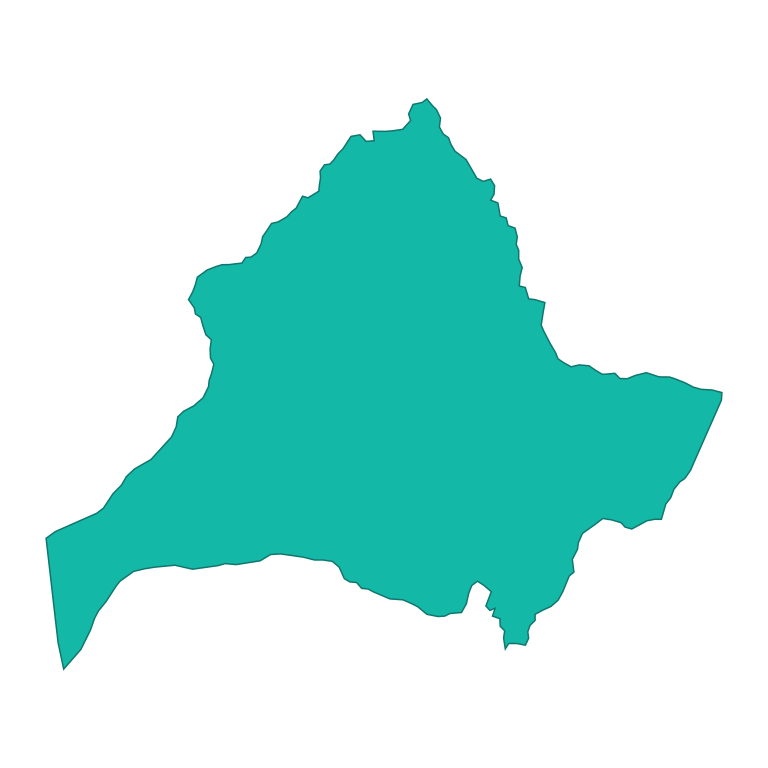 Portelândia, Goiás, Brazil (Robinson projection)
{"feature_id": "56859067B45598066883188", "entity_name": "Portelândia", "entity_type": "district", "adm_level": 2, "iso_a3": "BRA", "parent_name": "Brazil", "parent_adm1": "Goiás", "projection": "robinson", "projection_center": [-52.695, -17.338], "detail": "fine", "context": "isolated", "style": "filled", "palette": "teal", "viewbox_px": 768, "rotation_deg": 0, "n_neighbors": 0, "source": "geoboundaries", "source_scale": "gbopen_adm2", "svg_char_len": 2786}
<svg xmlns="http://www.w3.org/2000/svg" viewBox="0 0 768 768"><path d="M392.7,130.8L385.1,131.4L373.0,131.2L374.2,140.7L366.2,141.4L360.0,134.8L351.0,136.4L342.9,148.9L338.1,153.7L333.8,159.9L329.8,164.1L324.5,164.8L320.1,171.0L320.5,177.9L319.4,185.0L318.8,191.2L308.0,197.8L302.5,196.2L296.2,208.1L291.7,211.6L286.9,216.8L278.1,221.9L271.5,223.5L267.0,230.4L262.7,236.6L261.1,243.9L256.8,252.9L251.0,257.1L245.7,257.5L241.9,263.1L236.6,263.7L229.0,264.6L222.1,264.7L215.9,266.6L207.3,269.9L197.4,277.1L195.3,284.9L192.7,291.8L188.5,299.6L194.3,307.8L195.4,313.9L200.7,317.5L202.8,325.4L205.9,334.8L211.3,339.7L210.1,348.9L210.5,358.1L213.8,364.3L211.6,373.3L209.2,380.2L208.5,386.7L203.0,397.9L193.6,406.0L183.7,411.2L177.8,416.8L176.2,426.9L171.5,437.0L151.0,459.5L134.6,468.9L126.5,476.5L121.4,485.2L113.0,493.7L103.5,508.1L96.7,513.3L55.3,531.6L46.1,538.3L58.1,642.7L63.7,669.1L80.9,649.4L90.4,630.2L94.5,618.4L98.4,611.0L106.1,601.5L116.3,585.8L120.0,581.2L133.6,571.4L144.5,568.8L154.4,567.2L174.9,565.2L192.5,569.2L218.1,565.6L225.2,563.6L236.1,564.6L260.2,560.8L270.6,554.5L280.6,553.9L302.9,557.1L314.7,560.0L323.1,560.0L332.4,561.4L339.2,567.2L344.3,578.6L349.8,581.9L356.6,582.5L361.7,588.4L368.0,589.0L373.7,592.0L389.9,598.9L402.9,599.8L411.8,603.7L417.7,606.7L426.9,614.3L437.9,616.5L444.7,616.1L450.1,613.5L461.5,612.5L466.4,603.7L468.6,593.6L471.7,585.6L477.4,581.2L483.7,585.2L491.3,591.7L485.9,606.0L489.9,610.4L495.1,608.3L492.5,616.1L499.9,618.7L500.2,626.3L504.7,630.8L503.6,638.0L505.3,648.9L508.7,643.5L516.9,643.5L525.4,645.2L528.6,638.3L527.8,631.8L530.0,625.4L535.1,620.4L535.1,614.3L543.1,610.0L551.0,606.4L558.1,600.2L562.8,591.7L569.2,576.0L573.9,572.1L572.3,559.4L577.5,549.3L578.4,542.7L582.4,533.5L595.9,523.8L602.8,518.5L611.7,519.9L621.1,522.7L625.1,527.1L631.8,529.0L646.9,520.8L654.5,519.3L661.4,519.3L665.7,504.2L670.7,497.7L673.9,489.3L679.9,481.8L684.8,478.5L690.7,470.0L693.2,464.1L721.4,400.2L721.9,392.6L712.1,390.0L701.0,389.3L693.2,387.1L685.2,382.9L674.7,378.7L669.4,377.0L659.1,376.9L654.0,375.2L646.4,372.7L635.5,375.4L627.3,378.7L619.9,378.5L614.8,373.3L607.9,374.0L602.3,374.3L595.7,370.4L589.0,365.8L579.2,364.9L571.2,366.8L563.3,362.5L557.9,358.7L555.6,352.7L550.5,344.1L543.8,331.2L541.2,325.1L543.1,312.7L544.9,302.6L534.9,299.6L528.7,298.9L525.3,287.5L519.3,286.0L520.1,276.0L522.2,267.6L518.7,259.1L518.7,250.3L516.2,244.4L517.3,236.9L515.0,228.1L508.1,225.6L506.2,217.9L500.2,216.0L497.9,203.0L490.6,200.1L494.0,194.3L494.6,185.7L490.6,179.1L483.2,181.4L476.8,178.2L471.0,168.1L466.1,159.6L455.0,151.2L451.0,144.5L448.5,137.7L443.3,134.1L439.4,127.0L440.5,118.1L436.5,109.7L432.2,105.4L426.8,98.9L422.2,102.5L413.1,104.4L408.6,113.9L410.6,120.5L402.7,129.3L392.7,130.8Z" fill="#14b8a6" stroke="#0f766e" stroke-width="1.5"/></svg>